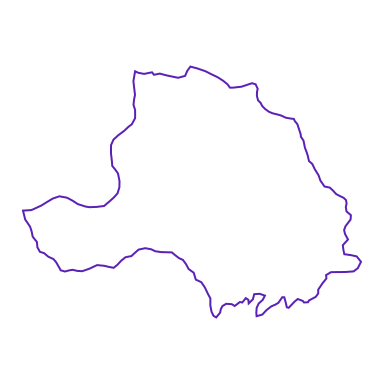 Kalo Chorio Larnakas, Larnaca, Cyprus (Albers equal-area conic projection)
{"feature_id": "46923920B16676393580799", "entity_name": "Kalo Chorio Larnakas", "entity_type": "district", "adm_level": 2, "iso_a3": "CYP", "parent_name": "Cyprus", "parent_adm1": "Larnaca", "projection": "albers", "projection_center": [33.532, 34.924], "detail": "fine", "context": "isolated", "style": "outline", "palette": "violet", "viewbox_px": 384, "rotation_deg": 0, "n_neighbors": 0, "source": "geoboundaries", "source_scale": "gbopen_adm2", "svg_char_len": 2594}
<svg xmlns="http://www.w3.org/2000/svg" viewBox="0 0 384 384"><path d="M135.1,71.3L133.4,81.2L134.1,87.3L135.0,94.9L134.0,99.9L133.5,104.8L135.1,110.0L135.1,118.2L131.8,124.3L128.7,126.6L124.2,130.8L118.2,135.3L113.5,139.6L111.0,145.2L111.0,153.6L111.8,160.3L112.3,166.0L114.9,169.1L118.0,173.5L119.5,181.1L119.4,187.3L117.5,193.4L113.7,197.6L109.6,201.3L104.1,206.0L96.6,206.9L89.5,207.2L85.7,206.6L77.8,204.1L72.8,200.8L67.0,197.7L59.4,196.3L52.9,198.5L47.2,201.9L41.4,205.5L34.5,208.7L33.0,209.4L31.1,210.1L23.0,210.6L25.2,219.5L30.1,226.7L31.6,231.3L32.7,236.7L36.9,242.0L37.4,247.3L39.9,251.8L44.2,253.2L46.4,255.1L48.3,256.7L53.5,259.1L56.2,262.3L59.9,268.8L60.7,270.3L65.0,271.5L69.1,270.4L72.6,269.8L77.3,270.9L82.2,271.2L89.4,268.7L97.1,265.1L104.3,265.8L108.8,266.9L113.7,267.8L117.4,264.8L121.2,260.7L125.4,257.3L127.1,256.9L131.4,256.1L135.5,252.3L138.6,249.6L145.3,248.2L151.3,249.3L155.1,251.2L161.2,252.1L171.9,252.4L174.7,254.8L179.1,258.2L182.9,259.9L186.0,264.1L188.7,269.1L193.7,272.7L195.8,279.6L201.3,282.2L204.9,287.5L207.9,293.8L210.4,298.5L210.3,305.2L211.0,308.9L211.5,311.6L213.5,315.8L216.2,317.4L220.1,312.7L220.8,309.2L222.4,306.1L226.2,303.8L231.8,304.2L234.7,306.0L239.9,302.0L242.3,302.5L245.8,298.1L248.4,299.9L248.7,303.4L252.9,299.3L254.2,294.2L259.6,293.8L264.9,295.6L262.8,299.8L258.7,303.5L256.7,307.7L256.3,312.7L256.6,316.2L262.3,314.6L266.5,310.1L271.4,306.3L275.2,304.7L278.3,302.9L282.3,297.2L284.3,297.3L285.8,302.8L286.8,307.3L287.2,307.4L288.7,307.8L294.5,301.7L297.7,299.0L302.7,300.9L304.1,302.5L308.1,302.2L308.9,300.5L315.7,296.9L318.2,293.5L318.2,289.7L322.5,283.3L326.4,278.5L326.1,275.1L331.1,272.1L335.2,272.1L345.4,272.0L353.6,271.4L357.8,268.2L361.0,261.8L356.7,256.4L350.8,255.1L344.3,254.2L343.4,249.8L342.8,245.2L348.0,239.5L345.0,233.9L344.1,230.1L345.5,226.2L350.6,219.5L350.9,215.2L346.5,211.4L345.8,206.9L346.6,203.6L346.0,200.1L343.6,197.8L340.0,196.1L336.2,194.1L333.0,190.6L329.8,187.6L324.5,186.5L320.4,180.6L318.6,175.4L314.8,169.2L312.3,164.0L309.0,161.1L307.8,155.9L306.9,153.0L304.9,147.6L303.5,140.6L301.0,136.9L300.6,134.0L299.4,130.4L297.4,124.2L294.9,121.2L293.8,118.9L291.0,118.6L285.8,117.7L281.1,115.5L276.8,114.3L272.6,113.3L268.8,111.7L265.0,108.9L262.2,106.0L260.6,102.9L258.1,100.4L256.9,95.9L257.0,91.8L257.7,88.8L255.6,84.3L252.1,83.2L241.5,86.7L232.5,87.7L230.0,87.7L227.4,84.2L223.2,80.8L217.6,77.2L210.9,74.0L205.4,71.2L196.9,68.3L190.4,66.6L187.3,70.8L185.1,75.9L178.1,77.8L166.2,75.3L159.8,73.6L154.0,74.8L152.0,72.3L144.1,73.9L138.3,72.8L135.1,71.3Z" fill="none" stroke="#5b21b6" stroke-width="2"/></svg>